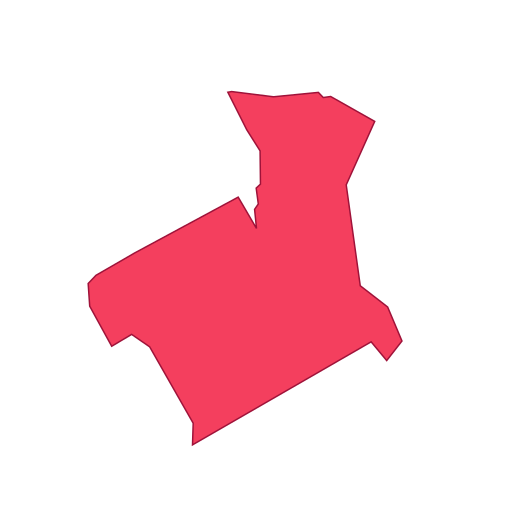 the district of Los Alamos, New Mexico, United States of America, rotated 240°
{"feature_id": "52423323B125057761127", "entity_name": "Los Alamos", "entity_type": "district", "adm_level": 2, "iso_a3": "USA", "parent_name": "United States of America", "parent_adm1": "New Mexico", "projection": "albers", "projection_center": [-106.278, 35.865], "detail": "fine", "context": "isolated", "style": "filled", "palette": "rose", "viewbox_px": 512, "rotation_deg": 240, "n_neighbors": 0, "source": "geoboundaries", "source_scale": "gbopen_adm2", "svg_char_len": 540}
<svg xmlns="http://www.w3.org/2000/svg" viewBox="0 0 512 512"><g transform="rotate(240 256 256)"><path d="M315.9,270.0L319.3,152.6L319.3,107.8L316.1,96.9L295.7,86.9L250.0,85.9L250.3,109.1L230.5,118.5L142.6,118.0L124.2,106.6L124.1,312.8L100.1,316.9L109.4,339.9L146.0,344.5L178.1,331.4L272.5,369.7L313.2,426.1L356.8,400.4L359.6,393.5L366.5,391.8L385.1,350.8L410.6,317.1L411.9,313.5L370.0,311.1L345.0,312.1L316.0,295.8L314.7,290.1L299.9,284.0L297.1,278.1L279.6,270.2L315.9,270.0Z" fill="#f43f5e" stroke="#9f1239" stroke-width="1.5"/></g></svg>